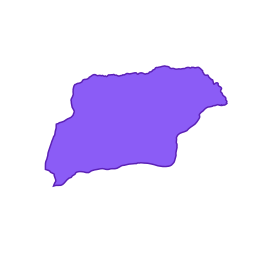 outline of Tilisca, Sibiu, Romania, rotated 214°
{"feature_id": "2599482B81731395938028", "entity_name": "Tilisca", "entity_type": "district", "adm_level": 2, "iso_a3": "ROU", "parent_name": "Romania", "parent_adm1": "Sibiu", "projection": "orthographic", "projection_center": [23.764, 45.562], "detail": "fine", "context": "isolated", "style": "filled", "palette": "violet", "viewbox_px": 256, "rotation_deg": 214, "n_neighbors": 0, "source": "geoboundaries", "source_scale": "gbopen_adm2", "svg_char_len": 5770}
<svg xmlns="http://www.w3.org/2000/svg" viewBox="0 0 256 256"><g transform="rotate(214 128 128)"><path d="M173.3,47.5L171.6,48.0L170.2,48.4L169.0,48.5L168.1,48.3L167.7,48.1L166.7,48.1L165.6,48.3L164.5,48.4L163.8,48.5L163.2,48.3L162.7,47.4L159.2,44.8L158.1,43.5L158.0,41.4L157.6,39.4L157.3,38.2L155.6,40.2L154.2,41.1L151.6,43.0L150.6,44.7L150.1,46.8L149.6,50.8L148.9,53.4L147.6,55.1L147.4,55.6L147.4,57.0L147.0,58.1L146.2,59.7L146.1,60.7L146.3,61.3L146.1,62.2L145.9,62.6L145.2,63.5L144.3,64.4L143.3,65.1L142.2,65.8L140.3,66.8L137.9,67.6L136.3,68.6L135.7,69.0L135.2,70.1L134.4,72.0L132.3,74.6L130.6,76.2L129.2,77.6L128.0,78.8L126.5,80.0L124.9,80.8L123.6,81.2L122.2,81.9L120.9,82.9L119.6,84.4L118.4,85.4L117.0,86.3L116.0,87.0L114.5,88.6L113.4,90.7L112.2,93.2L111.4,94.1L110.3,95.0L108.0,97.5L107.0,98.6L103.9,101.1L102.1,102.6L101.3,103.0L100.5,104.3L99.8,104.9L99.0,105.3L98.0,106.3L96.4,107.2L94.4,108.3L93.3,109.0L91.7,109.9L88.4,111.3L85.7,112.3L82.4,113.3L81.0,113.9L77.7,115.5L76.0,116.6L75.1,117.2L72.9,119.1L72.0,120.2L71.4,121.3L71.2,121.8L70.9,123.4L70.7,125.2L71.0,126.7L72.3,130.6L72.8,132.0L73.3,132.7L73.9,133.5L74.3,134.0L74.9,135.4L75.9,137.8L76.4,139.1L77.2,140.2L77.6,140.9L78.4,142.0L79.6,142.7L80.0,143.2L81.4,145.8L82.4,147.0L82.6,147.7L82.8,149.6L82.7,150.5L82.1,152.4L80.8,154.4L79.0,156.7L77.8,158.6L77.7,158.8L77.3,161.4L76.6,163.6L75.1,167.4L74.6,168.9L74.3,171.7L74.3,174.8L74.4,176.1L74.7,177.2L75.4,178.1L76.1,178.5L76.4,179.1L76.4,179.9L76.2,181.5L75.3,184.2L75.1,185.7L74.9,186.8L74.2,188.8L73.3,190.2L72.5,190.9L71.2,192.1L70.2,193.2L70.1,193.6L70.0,193.8L69.5,194.4L69.1,194.6L68.8,195.0L68.4,195.2L68.2,195.5L67.8,196.0L67.6,196.4L67.0,197.2L66.6,197.6L66.1,197.6L65.9,197.8L65.6,197.9L65.4,198.0L65.2,198.1L64.8,198.1L64.5,198.3L64.1,198.4L63.5,198.7L63.3,198.8L63.4,199.1L63.5,199.4L63.4,199.5L63.0,199.5L62.5,199.6L62.1,199.7L62.0,199.9L61.9,200.2L61.6,200.5L61.0,200.8L60.7,201.2L60.3,201.8L60.3,202.0L60.0,202.6L59.9,203.0L59.7,203.7L60.0,203.9L60.3,203.9L60.6,204.1L60.7,205.1L61.5,205.7L62.5,206.0L63.0,206.4L63.2,206.9L63.5,207.3L64.0,207.7L65.0,208.0L67.0,208.1L68.1,208.4L69.1,209.2L70.0,209.6L71.3,209.8L71.8,210.3L72.1,210.9L72.4,211.8L72.3,212.4L72.5,213.0L72.9,213.4L73.9,213.7L74.5,213.7L75.4,213.6L76.2,213.6L76.5,213.7L77.3,214.0L77.5,214.2L77.5,214.3L77.7,214.7L78.2,215.3L79.0,215.4L79.6,215.2L80.0,214.8L80.6,214.0L80.7,213.7L80.9,212.7L81.1,212.5L81.4,212.4L81.7,212.5L82.1,212.7L82.5,213.2L82.8,213.5L83.7,214.3L84.6,215.1L85.1,215.2L85.3,215.1L85.5,214.8L86.2,214.8L86.6,215.1L87.5,215.0L87.9,215.1L88.3,215.3L89.0,215.3L89.9,215.7L91.1,216.4L92.0,216.2L92.3,215.8L92.9,215.2L94.5,214.9L95.2,215.2L96.0,215.7L97.0,216.0L97.5,216.3L98.2,217.2L100.2,217.5L100.9,217.7L102.9,217.8L103.7,217.6L104.5,217.0L105.5,215.9L106.2,215.3L107.4,215.0L107.9,214.7L108.3,214.4L109.1,214.0L109.5,213.1L109.8,212.7L110.3,212.4L110.8,212.4L111.2,212.3L111.6,212.1L112.5,211.5L113.2,210.8L113.5,210.4L114.0,209.4L114.2,209.1L114.6,208.7L115.1,208.4L115.9,207.8L117.2,206.4L117.7,206.1L118.3,205.8L118.9,205.5L119.5,204.9L120.3,204.2L121.1,203.6L121.5,203.4L123.1,203.0L123.7,202.8L124.3,202.4L124.7,202.1L125.2,201.6L125.8,201.3L126.5,201.2L126.8,201.3L127.9,201.5L128.4,201.5L129.5,201.2L131.0,200.4L131.6,200.2L132.2,200.0L133.3,199.0L134.1,198.2L135.6,196.4L136.3,195.9L136.8,195.2L137.3,194.7L138.0,194.3L138.4,193.9L138.7,193.4L138.8,192.9L138.8,192.4L138.7,191.8L138.8,191.5L139.1,191.0L139.7,190.2L139.8,189.4L139.9,188.6L140.4,187.4L141.4,186.5L141.5,186.2L141.5,185.8L141.4,185.4L141.5,185.1L141.5,184.9L141.8,184.5L142.3,184.0L143.2,183.3L143.4,183.0L143.8,182.3L144.4,182.1L145.5,181.9L146.5,181.7L147.4,181.4L148.4,180.7L149.1,179.9L149.5,179.3L149.6,178.7L149.8,178.2L150.1,178.0L150.5,177.9L150.8,178.0L151.3,178.2L151.8,178.3L152.3,178.2L152.7,177.9L153.5,177.3L155.2,175.5L155.6,175.0L155.9,174.8L156.2,174.5L156.6,173.9L156.8,173.8L157.6,173.5L158.1,173.2L158.6,173.1L158.9,172.9L159.3,172.5L159.7,172.3L159.9,171.9L160.0,171.4L160.6,170.3L161.1,169.7L162.0,169.2L162.4,168.2L163.4,167.4L163.7,167.0L164.1,166.4L164.4,166.1L164.7,165.8L165.0,165.7L165.6,165.7L166.1,165.4L166.4,165.4L167.0,165.4L167.5,165.2L168.1,164.6L168.4,164.5L169.6,164.5L170.2,164.0L170.6,163.5L171.1,163.2L172.2,162.3L172.9,161.7L173.5,161.4L173.7,161.2L173.9,161.0L173.9,160.5L174.1,160.0L174.1,159.6L174.2,159.1L174.3,159.0L174.6,158.6L175.0,158.5L175.4,158.5L175.7,158.5L176.0,158.4L176.3,157.9L176.5,157.6L177.0,157.5L177.5,157.4L178.4,157.4L178.7,157.1L179.1,156.7L179.4,156.3L179.9,156.3L180.2,156.2L180.6,155.8L181.1,155.7L181.4,155.4L181.7,155.1L182.3,154.5L182.8,154.2L183.6,154.1L184.3,154.0L185.0,153.9L185.8,153.4L186.2,153.1L186.5,152.7L187.0,151.9L187.7,150.0L188.3,148.7L188.5,148.3L188.4,147.4L188.7,147.0L188.8,146.4L189.1,145.9L189.6,145.3L190.1,144.8L191.3,143.9L192.0,143.0L192.2,142.1L192.1,141.1L192.1,140.3L192.4,139.6L193.1,138.4L193.5,137.9L194.8,136.7L195.3,135.9L195.8,134.8L196.3,134.3L196.3,133.7L196.3,132.8L196.1,132.1L195.9,131.4L195.4,130.2L195.1,129.4L194.4,128.4L193.7,127.2L192.3,125.5L192.0,124.7L191.5,122.6L191.3,120.6L190.9,119.3L189.8,118.2L188.9,117.0L186.7,114.8L185.9,114.0L183.7,112.9L182.4,112.2L182.0,111.9L181.7,111.4L181.5,111.0L180.7,107.7L180.9,106.4L181.1,105.3L181.3,104.8L182.3,103.1L183.1,101.9L183.9,100.2L184.8,97.9L185.6,96.7L186.7,95.3L187.4,94.5L187.9,94.0L188.1,93.4L188.2,93.0L188.4,92.5L188.8,92.2L189.1,91.8L189.6,91.1L189.1,90.2L188.0,88.5L187.5,87.7L187.0,86.2L186.5,84.8L185.1,81.8L184.7,80.5L184.8,80.0L184.9,79.5L184.7,78.9L184.3,77.4L183.9,75.6L183.7,74.5L182.9,71.9L182.5,70.3L181.8,67.8L181.0,64.9L180.3,62.6L179.8,61.6L179.1,60.3L178.4,58.2L177.9,56.9L177.5,54.9L177.2,53.8L176.6,52.5L174.9,49.8L173.3,47.5Z" fill="#8b5cf6" stroke="#5b21b6" stroke-width="1.5"/></g></svg>